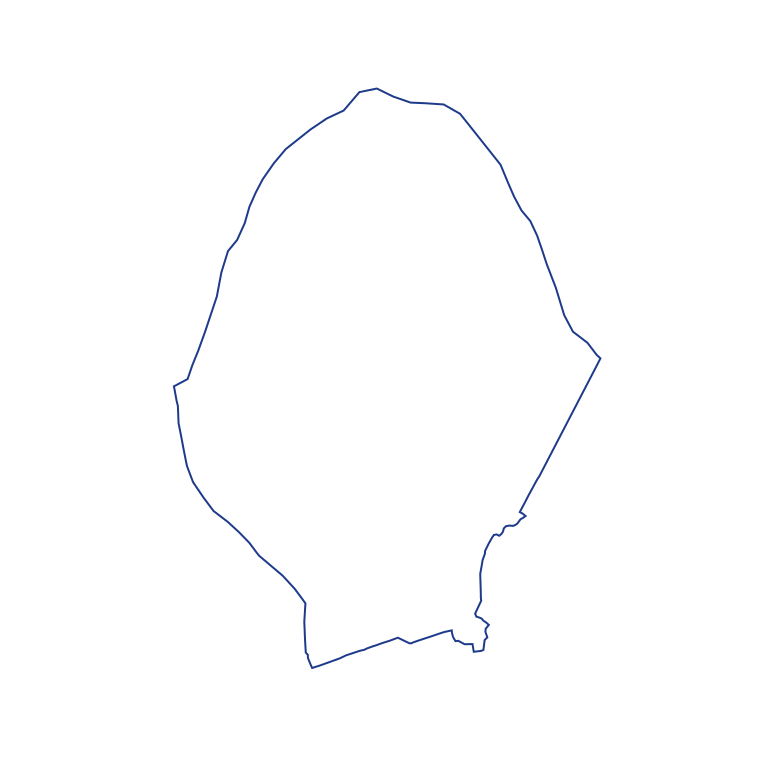 Semienawi Mierab, Maekel, Eritrea (Albers equal-area conic projection), rotated 341°
{"feature_id": "51966322B56082674650687", "entity_name": "Semienawi Mierab", "entity_type": "district", "adm_level": 2, "iso_a3": "ERI", "parent_name": "Eritrea", "parent_adm1": "Maekel", "projection": "albers", "projection_center": [38.931, 15.377], "detail": "fine", "context": "isolated", "style": "outline", "palette": "blue", "viewbox_px": 768, "rotation_deg": 341, "n_neighbors": 0, "source": "geoboundaries", "source_scale": "gbopen_adm2", "svg_char_len": 1990}
<svg xmlns="http://www.w3.org/2000/svg" viewBox="0 0 768 768"><g transform="rotate(341 384 384)"><path d="M223.6,629.1L231.7,629.3L252.9,629.0L256.6,628.6L259.6,628.2L274.5,628.4L279.0,628.9L281.4,628.5L288.2,628.4L290.5,628.5L298.4,628.4L305.8,628.6L314.5,628.4L323.7,637.5L325.6,638.1L327.5,637.8L333.6,637.8L341.0,637.9L345.0,638.0L353.0,638.0L360.0,638.1L367.8,639.0L367.2,641.7L367.0,644.6L367.1,646.9L367.9,650.4L370.6,651.0L375.5,656.3L383.0,658.7L381.7,666.4L389.0,668.0L391.4,667.8L395.8,658.9L399.2,657.2L399.2,651.3L400.5,648.5L404.7,645.9L402.7,642.4L400.9,640.2L400.0,637.6L398.1,635.9L395.6,634.0L395.4,630.8L405.3,620.6L406.1,617.3L407.0,614.6L408.1,611.2L409.2,607.6L410.1,604.8L411.8,599.2L413.2,594.8L416.6,588.7L419.9,582.6L424.1,577.4L425.2,574.8L428.2,571.8L430.9,569.1L436.3,564.3L438.8,562.5L441.5,562.9L443.5,565.0L446.2,564.0L448.5,562.3L450.2,559.6L452.9,558.2L456.5,558.7L460.0,560.2L462.7,560.0L464.7,559.3L469.1,556.3L472.0,555.8L474.9,554.9L472.9,551.7L470.7,549.3L475.4,544.9L480.1,540.5L485.1,535.7L490.6,530.7L494.8,526.8L498.2,523.8L500.6,522.0L588.6,438.3L597.0,430.2L594.6,425.8L589.8,411.3L579.7,396.1L576.8,377.6L577.8,349.0L576.9,323.9L577.1,309.3L577.1,293.7L575.4,277.6L570.5,264.7L568.0,249.2L566.8,234.2L565.6,214.7L552.7,178.1L543.9,153.3L531.4,139.1L514.0,131.8L500.8,126.6L486.5,115.4L473.4,102.3L455.8,100.0L434.9,112.3L416.4,114.3L397.4,119.4L367.6,129.9L351.6,139.5L336.0,150.9L325.0,161.3L314.4,172.7L304.6,186.7L292.0,200.0L279.8,207.5L266.6,225.5L254.4,246.9L242.9,261.9L231.8,276.4L219.4,291.8L209.0,303.7L199.9,315.4L184.6,317.8L184.0,322.1L182.4,332.5L182.0,337.5L177.0,354.2L175.1,368.1L173.4,379.5L171.5,393.4L171.0,397.8L171.5,414.6L176.4,432.7L180.2,444.6L181.5,448.6L191.4,463.5L198.6,476.8L205.0,490.4L208.8,502.3L210.0,505.7L225.8,532.3L232.9,548.6L236.7,560.5L238.3,565.8L231.3,582.7L226.3,599.3L222.6,612.5L223.8,615.3L222.9,618.3L223.1,622.8L223.3,625.9L223.6,629.1Z" fill="none" stroke="#1e3a8a" stroke-width="2"/></g></svg>